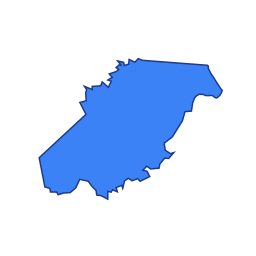 outline of San Patricio, Texas, United States of America, rotated 303°
{"feature_id": "52423323B23065911216534", "entity_name": "San Patricio", "entity_type": "district", "adm_level": 2, "iso_a3": "USA", "parent_name": "United States of America", "parent_adm1": "Texas", "projection": "equal_earth", "projection_center": [-97.499, 28.001], "detail": "fine", "context": "isolated", "style": "filled", "palette": "blue", "viewbox_px": 256, "rotation_deg": 303, "n_neighbors": 0, "source": "geoboundaries", "source_scale": "gbopen_adm2", "svg_char_len": 1261}
<svg xmlns="http://www.w3.org/2000/svg" viewBox="0 0 256 256"><g transform="rotate(303 128 128)"><path d="M59.4,129.7L58.3,135.1L54.7,138.4L56.6,142.2L57.3,149.8L63.8,145.6L65.0,148.8L67.8,148.7L68.7,153.8L71.6,150.5L76.5,154.0L74.6,156.4L81.7,153.9L86.0,155.6L85.9,160.1L90.8,163.7L89.9,167.1L99.1,172.7L102.1,167.5L100.6,163.5L106.2,164.5L106.0,169.3L111.2,175.9L115.2,174.3L122.8,175.2L124.6,178.7L132.3,179.8L129.6,177.5L129.7,171.3L135.0,166.6L144.7,170.0L163.6,169.7L172.8,166.9L176.7,172.0L184.2,168.6L189.5,167.4L192.1,167.9L195.1,169.3L197.2,173.0L197.5,175.4L199.2,178.2L200.7,180.0L201.2,181.8L201.0,183.6L201.0,184.8L201.5,186.0L202.6,186.5L205.4,187.2L208.5,187.2L210.9,186.5L211.6,184.1L218.9,167.8L221.5,163.2L223.7,161.5L223.9,160.5L192.6,103.2L191.8,98.8L186.9,98.0L186.1,91.6L182.0,93.8L178.4,90.9L180.7,88.5L178.6,82.8L176.7,88.6L176.6,86.3L172.2,85.1L172.0,88.3L169.1,87.5L163.1,82.8L161.9,87.2L157.3,85.0L158.2,88.5L151.4,89.3L152.6,81.3L148.5,82.2L143.4,75.3L140.8,77.1L139.2,68.8L137.7,72.4L134.6,73.3L128.1,78.1L123.2,73.7L116.6,85.3L116.4,85.3L54.7,69.7L33.3,90.4L34.8,95.3L32.1,97.8L35.4,103.1L34.0,105.8L38.4,109.4L42.3,114.7L49.4,116.8L58.7,115.5L61.7,123.7L59.4,129.7Z" fill="#3b82f6" stroke="#1e3a8a" stroke-width="1.5"/></g></svg>